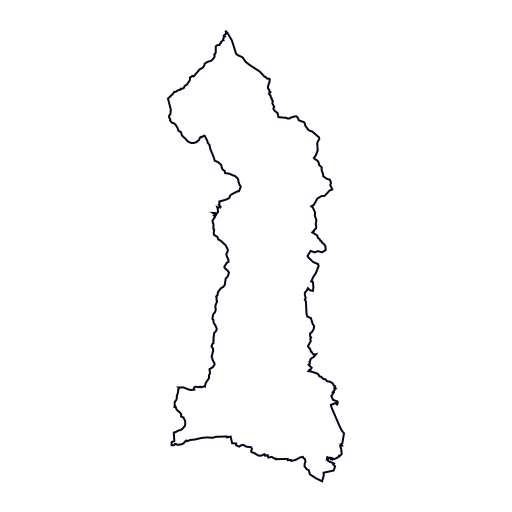 Barbatesti, Vâlcea, Romania (Mercator projection)
{"feature_id": "2599482B91105393466893", "entity_name": "Barbatesti", "entity_type": "district", "adm_level": 2, "iso_a3": "ROU", "parent_name": "Romania", "parent_adm1": "Vâlcea", "projection": "mercator", "projection_center": [24.104, 45.179], "detail": "fine", "context": "isolated", "style": "outline", "palette": "ink", "viewbox_px": 512, "rotation_deg": 0, "n_neighbors": 0, "source": "geoboundaries", "source_scale": "gbopen_adm2", "svg_char_len": 6060}
<svg xmlns="http://www.w3.org/2000/svg" viewBox="0 0 512 512"><path d="M322.1,481.3L323.7,475.6L323.6,472.7L333.7,470.5L335.1,466.3L333.2,464.5L334.0,463.5L328.5,461.2L328.0,460.7L328.0,459.5L326.8,459.6L327.3,457.2L328.6,457.9L329.6,457.7L330.5,458.8L331.0,457.8L332.5,458.3L332.5,458.9L332.1,458.9L332.3,459.4L332.6,459.0L334.3,459.2L339.3,456.5L339.1,455.7L340.0,455.6L341.7,454.1L341.3,449.7L340.2,445.8L342.0,445.6L341.1,444.4L341.7,444.4L342.3,443.4L344.0,433.4L341.9,430.7L339.4,425.8L331.5,407.4L330.9,404.8L335.6,403.1L337.0,404.5L337.7,403.4L337.5,401.5L333.1,399.9L331.3,396.1L333.1,393.4L332.7,392.5L333.8,392.1L333.4,391.3L334.5,390.4L334.6,389.4L335.6,388.5L334.4,388.2L335.1,386.3L334.1,385.9L332.5,383.2L330.0,381.7L327.2,381.3L325.6,379.4L323.5,379.0L321.0,376.7L319.5,376.4L318.3,374.3L317.1,373.5L311.1,371.5L308.4,371.2L309.2,370.0L310.8,369.2L311.7,367.8L308.6,364.8L309.9,363.7L309.4,361.8L310.2,360.9L310.5,359.1L314.0,356.7L315.9,354.2L313.9,354.7L312.6,353.4L312.0,352.3L311.1,351.8L309.9,348.5L308.8,347.7L308.0,346.1L310.8,341.0L310.2,338.8L311.2,337.5L310.1,336.3L310.2,333.3L311.9,332.1L313.7,329.0L314.1,326.0L312.6,323.8L310.9,318.1L307.2,316.5L306.5,313.4L305.9,301.7L304.8,299.4L305.5,298.7L305.7,297.8L304.9,295.3L304.8,292.8L306.8,290.5L307.9,288.2L309.8,290.2L312.9,290.9L313.4,287.5L313.0,282.6L312.7,281.7L311.2,281.5L313.4,276.7L315.8,273.2L318.6,266.2L318.2,264.2L313.0,261.9L308.6,257.7L307.5,256.0L310.7,250.9L314.6,252.4L317.9,251.1L322.0,252.3L325.7,250.1L325.4,246.1L323.8,243.9L322.0,242.6L321.2,240.9L320.5,240.8L319.4,238.9L317.9,237.9L317.5,236.1L316.7,235.1L312.2,232.4L313.0,231.5L313.8,231.4L314.0,230.3L316.1,228.2L316.1,225.2L315.7,224.3L316.4,220.1L314.7,215.4L315.1,214.0L314.9,212.1L312.9,207.6L311.3,206.3L313.8,204.9L317.3,198.6L321.4,196.1L324.5,195.9L329.8,190.4L332.3,189.5L330.2,185.0L330.8,183.6L330.9,182.4L329.9,179.8L326.2,178.5L323.2,176.1L323.1,174.2L321.6,170.0L321.7,167.3L319.2,165.1L318.5,162.2L317.7,160.9L314.6,158.8L313.9,157.9L315.9,155.2L317.7,150.4L317.2,143.5L317.8,141.5L319.3,139.2L319.0,137.4L312.4,131.6L309.8,130.8L308.2,129.7L305.4,125.9L304.8,123.4L304.0,122.2L298.8,120.3L298.1,118.2L296.6,116.4L295.3,116.3L290.7,117.6L289.8,118.4L287.8,118.6L286.4,117.9L278.4,117.1L277.6,113.2L274.8,110.9L273.5,109.2L273.4,108.4L274.2,106.8L272.4,103.5L272.8,101.0L271.8,99.7L271.8,98.5L270.9,97.6L270.6,95.7L269.0,94.0L270.4,92.2L269.3,91.7L269.3,90.1L268.0,88.2L267.9,86.5L269.4,82.2L269.8,79.3L269.1,78.7L267.2,78.7L265.6,77.0L264.5,76.7L259.7,71.5L249.7,65.0L245.6,61.8L242.5,57.3L238.0,55.3L236.1,53.8L231.9,40.5L227.3,32.7L225.5,30.7L226.2,33.5L223.8,35.7L224.9,36.5L223.9,37.3L223.1,39.2L223.5,40.3L222.7,40.5L221.1,41.9L221.0,43.0L220.1,43.4L219.6,44.9L217.1,45.2L215.8,46.4L215.7,52.8L214.2,54.7L214.6,55.3L214.5,57.0L212.9,59.2L211.4,60.6L207.3,62.0L204.7,63.7L204.1,65.9L202.5,67.9L199.7,69.3L193.7,76.4L192.2,75.9L191.2,77.0L190.6,77.0L189.9,77.6L189.9,79.9L189.4,80.9L186.8,84.7L184.6,86.0L183.9,87.9L181.7,88.9L180.7,88.7L180.5,89.6L177.6,90.5L175.6,91.9L174.2,91.9L173.0,93.8L168.0,98.6L170.8,109.6L170.4,114.1L169.5,115.0L169.0,116.4L169.3,117.8L170.2,119.3L170.0,120.4L171.8,122.6L174.3,123.5L175.9,125.2L177.7,128.3L178.3,130.6L181.1,132.3L181.7,134.9L183.1,136.8L184.7,137.9L187.6,141.3L191.2,143.0L193.6,143.0L196.3,142.2L199.1,139.9L199.9,137.7L201.2,136.8L201.7,137.2L204.0,135.7L204.7,135.8L207.4,141.0L207.6,142.6L209.4,144.8L210.4,149.1L213.8,157.5L214.7,160.7L218.0,162.1L221.1,164.8L222.1,168.6L223.0,169.9L224.7,170.8L225.1,173.1L229.3,173.7L233.1,175.5L234.4,175.6L237.4,178.2L238.3,179.8L238.3,181.0L239.4,184.5L240.8,186.7L238.9,191.3L237.3,191.4L231.3,194.5L230.1,195.7L229.1,198.2L225.5,199.8L219.3,201.5L219.5,203.9L218.8,204.8L220.6,206.7L220.3,207.5L219.3,207.1L218.1,207.7L217.2,207.2L217.9,209.3L217.8,210.7L218.2,211.7L216.7,213.8L216.2,213.2L213.0,213.0L214.7,214.1L215.4,215.2L214.0,215.7L215.1,216.8L212.5,220.5L212.9,223.1L213.5,224.0L213.3,228.6L214.2,229.7L213.7,232.5L214.0,234.9L217.5,237.0L218.2,239.4L220.3,240.4L225.6,245.2L227.5,248.9L227.9,250.8L226.3,254.0L226.7,256.0L228.3,259.4L228.5,261.8L226.8,262.8L224.3,266.8L224.8,268.1L227.3,270.3L229.0,272.5L227.8,276.3L225.7,278.6L224.8,284.8L223.2,287.0L221.4,287.9L219.8,289.5L217.9,292.4L217.6,294.9L216.2,296.4L216.2,297.0L216.7,297.5L216.5,300.0L217.1,301.4L215.5,305.2L215.4,307.7L215.8,309.4L215.1,312.0L213.3,314.2L212.5,317.5L212.6,319.3L213.3,319.8L213.7,323.0L215.2,325.0L216.7,328.5L216.6,329.9L215.5,331.7L214.2,333.0L213.4,339.1L213.7,340.0L213.3,341.0L213.5,343.1L212.5,343.8L211.5,346.4L213.0,348.6L213.2,350.6L211.6,356.9L212.3,357.8L212.5,359.8L214.3,363.0L214.6,364.3L213.0,367.0L209.5,369.2L210.0,373.4L209.0,375.2L209.0,378.1L205.8,382.9L204.9,386.6L204.3,386.3L201.1,387.3L200.3,386.6L198.7,387.2L195.9,386.7L194.3,387.3L193.8,388.5L194.3,389.6L191.4,390.0L188.9,389.6L183.3,387.4L178.5,387.5L179.2,388.1L178.1,389.7L178.2,391.6L176.7,396.7L176.9,398.2L176.2,400.1L174.7,402.0L174.7,405.8L174.5,406.9L175.6,406.7L176.2,408.7L177.4,410.5L179.5,412.1L181.2,414.2L181.1,416.5L183.6,417.5L183.8,418.6L185.0,420.3L185.3,424.0L184.7,426.2L182.3,428.9L180.7,430.0L177.7,430.8L175.6,432.2L174.5,432.2L173.8,432.8L174.3,441.1L171.9,442.0L171.6,442.5L171.6,445.3L173.8,445.2L174.7,444.7L174.9,444.0L175.8,443.8L177.1,444.8L181.2,444.4L183.2,443.6L186.1,440.5L187.1,441.2L190.2,440.0L195.1,439.5L201.2,438.0L207.0,437.4L212.7,437.8L216.0,436.8L226.0,436.5L227.0,436.6L227.1,437.4L230.6,436.6L232.2,443.3L236.1,443.5L236.1,445.2L239.1,446.6L241.3,445.2L243.3,444.9L246.1,446.6L251.1,447.2L251.9,448.7L251.2,451.0L251.5,452.2L254.2,453.0L258.4,455.6L261.2,455.7L264.4,454.2L265.0,455.6L265.9,455.2L266.7,455.7L268.5,454.8L267.6,455.7L268.2,457.3L267.4,457.7L271.8,456.9L273.9,458.3L275.6,458.5L275.7,459.2L287.7,458.9L287.8,460.2L290.8,459.9L291.1,460.9L291.5,460.9L295.6,459.9L300.1,457.4L302.9,456.9L303.2,457.7L304.9,459.1L305.5,461.3L304.7,463.6L304.5,466.3L306.7,469.2L308.7,470.2L310.0,474.4L316.0,478.3L322.1,481.3Z" fill="none" stroke="#020617" stroke-width="2"/></svg>